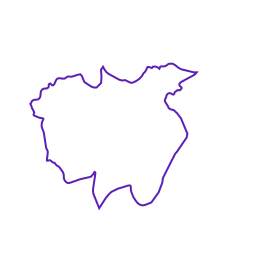 an SVG outline of Preah Vihéar, rotated 332°
{"feature_id": "KHM-1791", "entity_name": "Preah Vihéar", "entity_type": "Province", "adm_level": 1, "iso_a3": "KHM", "parent_name": "Cambodia", "parent_adm1": "", "projection": "mercator", "projection_center": [105.055, 13.778], "detail": "fine", "context": "isolated", "style": "outline", "palette": "violet", "viewbox_px": 256, "rotation_deg": 332, "n_neighbors": 0, "source": "natural_earth", "source_scale": "10m", "svg_char_len": 3113}
<svg xmlns="http://www.w3.org/2000/svg" viewBox="0 0 256 256"><g transform="rotate(332 128 128)"><path d="M88.3,51.3L90.2,51.5L91.7,52.4L93.2,53.6L95.0,54.5L95.8,54.6L97.9,54.3L99.0,54.3L99.8,54.7L101.6,55.9L102.5,56.3L104.5,56.7L109.0,57.5L111.1,58.2L111.6,59.6L111.6,61.1L111.1,66.4L111.3,67.4L114.9,74.0L116.9,76.3L119.3,77.5L125.4,75.6L128.9,69.8L131.4,64.0L134.7,62.2L134.7,65.9L135.2,68.6L136.2,71.0L142.9,81.2L145.0,83.2L145.8,83.6L147.4,84.1L148.2,84.7L151.1,88.7L152.0,89.6L153.1,90.0L155.0,90.3L158.2,90.3L161.5,89.8L164.6,88.7L167.3,87.0L169.2,86.5L170.9,85.5L174.0,83.3L174.9,83.9L175.8,84.6L176.5,85.4L177.2,86.3L178.9,85.6L180.9,86.5L182.6,88.3L183.5,90.4L185.2,89.1L186.4,89.2L187.5,89.9L189.3,90.7L190.9,90.9L193.3,90.5L194.6,90.6L197.7,92.3L199.4,95.1L200.7,98.3L202.6,101.2L212.2,109.7L214.8,111.1L214.1,111.4L212.9,111.9L210.7,112.2L197.5,112.3L195.6,112.5L194.8,112.7L194.4,112.9L194.1,113.2L193.7,113.8L193.5,115.0L193.6,115.6L193.8,116.1L194.0,116.4L194.3,117.2L194.2,117.6L193.9,118.1L193.1,118.5L192.0,118.9L191.6,119.0L191.2,119.0L190.9,118.8L190.6,118.6L190.1,118.1L189.7,117.9L189.3,117.8L188.9,117.9L188.2,118.1L186.8,118.2L186.3,118.3L185.8,118.6L185.0,119.4L184.6,119.7L184.3,119.8L183.8,119.8L183.5,119.6L183.2,119.4L183.0,119.1L182.0,117.5L181.8,117.2L181.5,117.0L181.1,116.7L180.7,116.6L180.3,116.5L179.8,116.4L178.9,116.6L178.6,116.7L178.2,116.8L177.9,117.0L177.2,117.5L175.7,119.0L175.4,119.3L174.7,119.7L174.0,120.3L173.6,120.9L173.3,121.4L173.1,121.8L173.1,122.5L173.5,127.5L173.3,128.8L173.3,129.3L173.5,129.9L173.8,130.6L174.7,131.8L175.2,132.4L175.6,132.7L176.0,132.9L176.3,133.1L176.7,133.7L177.1,134.5L178.3,138.1L179.3,144.4L177.8,160.8L175.4,163.9L160.2,171.9L157.5,172.9L135.3,188.6L134.9,189.1L133.3,191.5L132.5,192.5L124.7,199.3L113.7,204.7L107.1,204.0L104.6,203.2L103.2,202.0L102.7,201.4L102.1,200.6L101.1,198.3L100.7,195.9L100.3,191.4L100.9,186.2L101.5,184.0L102.7,181.6L103.0,180.8L102.9,179.8L102.1,179.3L101.1,178.9L90.2,176.8L83.3,176.6L79.6,177.7L75.7,179.3L64.9,185.3L66.5,170.2L67.2,167.9L68.5,165.5L78.0,152.6L78.2,151.9L78.1,151.5L78.0,151.2L77.2,151.3L76.1,152.2L75.6,152.4L72.8,153.5L71.5,153.4L61.8,150.8L51.9,149.3L49.8,148.8L49.4,148.6L49.0,148.3L48.5,147.6L48.1,146.8L47.8,146.1L47.6,145.3L47.5,144.3L47.6,143.2L48.1,141.6L49.3,139.1L49.6,137.9L49.8,136.6L49.1,130.8L48.8,129.8L48.3,128.9L47.9,128.3L47.5,127.6L47.2,126.6L46.8,124.2L46.4,123.8L45.9,123.5L45.5,123.2L45.3,122.8L44.5,120.7L44.1,120.0L43.6,119.6L43.0,119.4L41.6,119.2L41.2,118.8L41.3,118.2L45.4,112.4L45.9,111.4L46.3,110.5L46.3,109.0L46.3,108.2L46.5,106.8L51.6,92.3L52.2,86.9L53.1,84.9L54.3,83.1L54.9,82.4L56.9,80.9L57.4,80.5L57.6,80.0L57.4,79.7L56.9,79.1L54.6,77.4L51.1,73.1L50.9,72.7L50.8,72.1L51.2,71.4L51.7,71.0L52.2,70.7L52.5,70.0L52.6,69.1L52.6,65.4L53.0,63.0L53.1,60.9L53.5,60.9L54.1,60.5L54.8,59.9L55.7,59.3L56.9,58.9L59.0,59.3L60.7,60.1L62.6,60.5L64.8,59.6L66.0,58.2L67.1,56.4L68.4,54.7L70.2,53.7L72.0,53.7L74.8,54.9L76.7,54.8L77.4,54.2L78.5,52.4L79.4,52.0L80.4,52.4L80.9,54.5L81.7,55.1L83.4,54.8L86.8,52.1L88.3,51.3Z" fill="none" stroke="#5b21b6" stroke-width="2"/></g></svg>